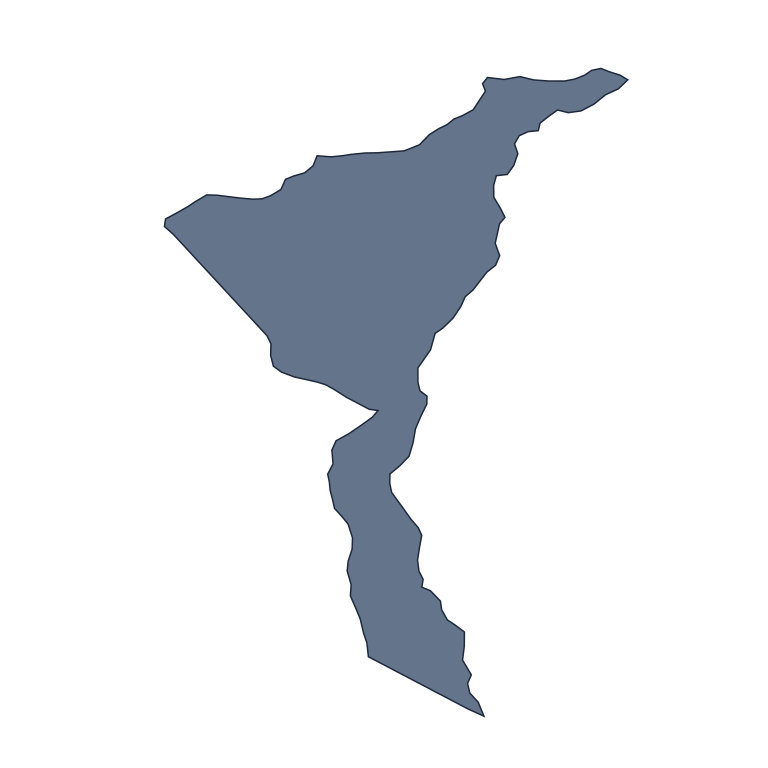 outline of Maxaranguape, Rio Grande do Norte, Brazil, rotated 273°
{"feature_id": "56859067B82537328985122", "entity_name": "Maxaranguape", "entity_type": "district", "adm_level": 2, "iso_a3": "BRA", "parent_name": "Brazil", "parent_adm1": "Rio Grande do Norte", "projection": "robinson", "projection_center": [-35.356, -5.454], "detail": "fine", "context": "isolated", "style": "filled", "palette": "slate", "viewbox_px": 768, "rotation_deg": 273, "n_neighbors": 0, "source": "geoboundaries", "source_scale": "gbopen_adm2", "svg_char_len": 2037}
<svg xmlns="http://www.w3.org/2000/svg" viewBox="0 0 768 768"><g transform="rotate(273 384 384)"><path d="M708.0,574.8L702.9,568.2L698.5,558.6L696.0,548.5L695.2,532.6L695.5,517.7L698.1,503.6L694.4,488.1L695.5,471.3L689.1,466.7L681.8,470.0L672.8,464.7L662.5,458.7L655.9,447.9L652.2,439.9L646.4,433.5L641.9,425.4L635.3,416.1L624.8,407.0L617.9,392.0L616.1,378.0L614.5,364.8L613.7,353.1L611.6,339.3L609.7,330.1L608.1,319.5L608.4,305.3L598.1,301.7L590.7,293.6L587.0,283.0L583.3,275.0L572.8,270.8L565.9,260.6L562.5,252.4L561.7,243.0L562.2,229.9L563.0,218.2L563.8,207.6L563.6,197.2L556.2,185.9L550.9,178.9L543.5,167.3L537.4,157.2L529.8,156.5L522.4,165.8L440.6,249.8L426.1,264.6L418.2,269.0L406.6,269.3L396.0,272.6L390.5,281.0L386.3,294.2L382.6,316.3L380.2,325.9L376.2,334.0L368.6,347.5L358.0,370.5L357.2,379.4L350.1,374.0L340.6,362.1L332.4,351.3L324.8,339.1L315.3,335.4L301.6,337.3L291.0,332.5L283.4,334.5L274.9,335.8L265.9,338.7L257.2,341.1L248.8,349.5L242.2,355.5L228.7,360.6L217.4,360.8L205.3,357.5L195.5,357.0L181.8,361.7L170.7,361.5L158.3,367.7L148.3,372.5L134.0,376.7L124.4,380.5L110.8,382.7L63.7,485.3L57.5,501.2L71.2,494.7L79.8,485.9L89.3,483.1L98.1,486.4L112.4,476.9L126.1,477.9L140.5,477.3L147.2,467.4L151.7,459.6L161.6,453.4L170.2,451.7L179.9,441.3L183.1,432.4L191.0,433.3L198.9,428.7L210.0,426.7L224.4,428.2L234.8,429.6L242.2,425.8L250.4,418.0L261.2,409.4L268.6,403.4L276.2,397.3L284.9,395.0L294.4,394.6L303.4,404.3L313.2,412.8L326.9,416.1L340.9,417.8L353.0,422.2L366.2,427.8L374.1,427.6L379.1,420.3L387.3,417.8L401.8,417.0L420.6,428.7L437.2,432.4L443.0,439.9L453.3,449.4L465.4,456.7L475.4,460.5L482.6,468.0L501.0,480.8L508.4,489.2L518.2,492.8L530.3,487.7L550.1,491.0L556.7,496.1L565.7,491.0L576.2,483.9L588.1,483.1L597.9,485.3L599.7,496.1L608.9,502.1L621.1,505.6L630.6,501.8L639.0,506.0L643.5,514.6L645.1,524.8L652.7,526.2L660.4,535.0L666.7,543.0L664.6,553.8L667.0,566.4L674.6,579.2L684.4,590.0L691.0,602.6L700.5,611.5L704.7,603.8L707.6,592.7L710.5,584.1L708.0,574.8Z" fill="#64748b" stroke="#1e293b" stroke-width="1.5"/></g></svg>